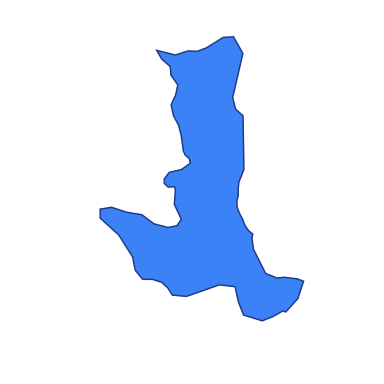 SVG path tracing the border of Abia, rotated 160°
{"feature_id": "NGA-2841", "entity_name": "Abia", "entity_type": "State", "adm_level": 1, "iso_a3": "NGA", "parent_name": "Nigeria", "parent_adm1": "", "projection": "albers", "projection_center": [7.526, 5.42], "detail": "fine", "context": "isolated", "style": "filled", "palette": "blue", "viewbox_px": 384, "rotation_deg": 160, "n_neighbors": 0, "source": "natural_earth", "source_scale": "10m", "svg_char_len": 1113}
<svg xmlns="http://www.w3.org/2000/svg" viewBox="0 0 384 384"><g transform="rotate(160 192 192)"><path d="M268.2,126.8L272.1,137.8L270.0,151.2L275.5,176.6L287.2,198.8L284.2,207.3L272.9,205.2L260.4,195.4L246.9,187.8L238.7,175.2L226.8,166.9L217.7,165.5L211.4,170.0L212.8,186.5L206.9,199.6L206.7,203.0L212.6,204.7L215.1,209.3L213.6,213.8L206.6,218.3L194.4,216.7L183.7,219.6L183.2,224.5L185.7,228.9L186.1,233.6L182.8,248.6L181.8,259.1L183.3,270.2L181.8,281.0L174.1,288.9L168.7,297.5L171.9,309.3L170.4,313.6L169.7,317.6L175.0,327.2L176.7,337.1L160.7,326.4L147.9,326.0L138.8,322.4L129.4,322.5L109.7,326.6L99.9,323.6L96.8,304.8L121.5,266.8L122.7,255.1L118.0,246.2L135.5,195.4L144.6,185.2L147.4,179.3L149.7,172.9L153.0,168.0L154.8,162.3L154.7,155.6L153.7,149.1L153.7,142.5L152.0,136.2L149.3,131.7L151.4,128.3L153.8,117.2L150.7,90.3L141.5,82.0L134.9,80.5L122.8,74.4L117.7,70.0L128.9,55.7L144.9,47.2L146.4,48.4L147.0,49.2L158.4,47.3L170.0,46.9L185.6,58.7L186.0,72.8L183.9,88.3L198.1,95.4L233.0,95.8L245.8,101.9L247.6,110.2L251.5,117.6L259.3,123.6L268.2,126.8Z" fill="#3b82f6" stroke="#1e3a8a" stroke-width="1.5"/></g></svg>